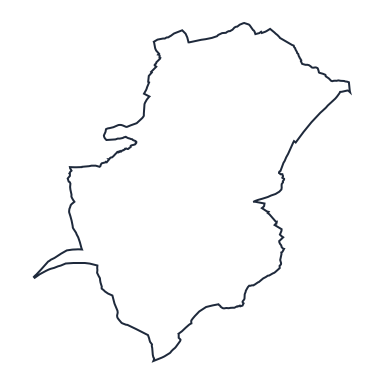 the district of Berghin, Alba, Romania
{"feature_id": "2599482B3025623586647", "entity_name": "Berghin", "entity_type": "district", "adm_level": 2, "iso_a3": "ROU", "parent_name": "Romania", "parent_adm1": "Alba", "projection": "robinson", "projection_center": [23.723, 46.065], "detail": "fine", "context": "isolated", "style": "outline", "palette": "slate", "viewbox_px": 384, "rotation_deg": 0, "n_neighbors": 0, "source": "geoboundaries", "source_scale": "gbopen_adm2", "svg_char_len": 5899}
<svg xmlns="http://www.w3.org/2000/svg" viewBox="0 0 384 384"><path d="M161.9,357.6L164.4,356.4L169.9,353.0L170.6,352.3L171.3,351.3L173.2,349.4L174.8,348.1L175.8,347.0L180.1,341.1L180.4,340.3L180.5,339.7L180.4,339.5L178.7,337.8L178.7,334.1L178.5,333.8L181.9,331.3L185.7,327.7L189.0,324.8L190.8,323.6L191.4,323.4L191.2,321.1L191.4,320.4L192.7,318.6L194.8,316.1L199.2,311.5L206.1,307.0L212.7,305.4L218.4,304.3L218.5,304.6L220.0,305.7L220.4,306.1L220.6,306.7L222.6,308.1L224.0,308.4L226.3,308.0L228.7,308.2L230.9,307.8L234.5,307.7L237.2,306.3L237.6,306.6L239.9,305.6L240.3,306.3L242.5,305.6L243.6,303.3L242.7,302.6L242.6,301.5L244.2,299.4L244.5,298.5L244.7,294.3L245.7,291.7L245.8,290.8L247.9,287.1L249.2,285.7L250.3,285.8L252.0,285.3L253.6,285.3L254.3,284.7L254.7,284.6L257.9,282.4L258.9,282.0L263.2,278.4L265.7,277.1L267.8,275.7L269.2,275.5L272.8,273.4L273.9,273.0L275.1,272.2L279.7,268.1L279.6,265.8L280.9,264.5L281.1,263.2L280.2,260.0L281.5,254.0L281.3,252.5L281.9,252.3L282.5,251.7L283.4,250.1L284.0,248.9L283.3,248.8L281.7,247.2L281.2,245.3L280.0,243.8L279.3,242.2L279.3,241.4L279.2,241.1L283.2,237.3L281.6,236.2L279.9,234.6L281.5,230.8L281.6,229.2L274.6,225.0L275.5,224.0L276.4,223.7L276.5,222.3L276.8,222.0L276.8,221.7L276.0,221.9L269.5,214.4L267.7,213.0L268.6,211.9L266.9,211.4L261.9,208.1L263.4,206.9L264.1,206.1L264.5,203.5L254.8,201.7L253.2,201.9L255.3,200.9L258.1,199.9L262.4,198.7L267.8,197.0L271.1,195.5L275.5,194.0L279.3,191.7L281.4,189.5L281.7,187.6L281.6,185.8L281.7,184.1L283.0,182.3L283.0,182.0L282.8,181.5L282.8,181.3L283.8,180.0L284.1,179.3L284.1,178.8L282.3,177.8L282.3,177.6L283.0,176.4L283.0,175.9L282.6,175.1L282.4,174.2L281.9,174.1L280.7,174.3L280.4,174.2L279.8,173.4L279.0,173.0L279.0,172.6L279.2,171.9L279.6,171.4L280.5,170.9L283.5,162.8L284.7,160.9L286.2,157.3L288.1,153.9L293.1,142.8L294.0,141.1L295.7,142.5L303.5,132.0L311.4,122.3L320.3,112.8L325.9,107.7L327.8,105.5L335.3,98.6L337.0,96.6L339.5,93.2L340.1,91.9L341.7,91.8L347.4,90.5L348.5,90.8L350.1,92.3L349.8,91.2L348.9,82.3L347.2,81.7L345.1,81.4L344.2,81.0L340.6,80.8L338.4,80.4L336.5,80.8L335.0,80.7L333.6,80.8L332.7,81.1L332.0,81.1L331.1,80.8L328.8,78.4L325.7,76.3L325.6,75.2L325.3,74.8L323.0,73.8L319.4,72.8L318.9,72.4L318.7,71.3L318.0,69.0L317.5,68.1L316.1,67.5L315.1,67.4L313.8,67.7L312.3,67.6L311.6,67.3L310.9,66.5L309.0,65.2L307.5,64.8L305.4,64.8L302.2,63.9L300.9,61.3L301.3,60.7L301.2,60.1L300.6,59.6L300.4,58.7L299.5,57.6L299.4,57.0L298.7,55.9L298.2,53.9L297.2,53.1L296.9,51.9L295.5,49.5L295.1,48.1L294.6,47.7L294.2,47.2L293.7,45.6L292.1,45.0L279.9,37.9L279.5,37.2L277.5,35.1L275.6,33.6L274.6,32.6L270.1,28.9L266.7,31.0L265.4,31.7L261.8,33.0L261.1,31.8L259.3,33.1L255.4,34.1L254.5,31.5L253.8,30.5L253.1,30.1L249.8,25.4L248.8,24.5L244.2,23.0L243.1,23.3L239.7,24.7L237.3,26.6L236.1,26.7L234.5,27.5L232.5,29.7L230.7,30.7L230.5,30.9L229.8,31.2L229.0,31.1L227.4,31.7L225.9,32.8L222.1,33.1L218.3,34.9L217.0,36.2L211.9,37.9L205.5,39.2L201.2,39.8L189.5,42.3L188.5,42.3L187.3,37.5L185.6,33.7L182.2,30.3L174.0,33.5L170.3,36.2L169.7,36.3L168.5,37.3L166.5,37.5L164.9,38.5L163.2,38.5L157.5,39.6L153.8,41.8L154.1,42.5L155.1,47.9L155.4,48.9L156.2,50.6L159.0,53.7L158.2,54.6L159.0,54.8L159.6,55.4L159.7,56.2L159.4,57.1L159.7,57.4L159.8,57.8L160.3,58.0L159.9,58.9L159.3,59.2L159.2,59.5L156.3,62.4L156.1,63.5L155.0,64.4L154.7,64.8L154.6,65.1L154.7,65.4L156.3,66.7L151.1,71.9L151.8,72.5L148.8,75.9L148.2,81.6L148.2,81.9L149.1,82.4L146.9,87.7L146.8,88.3L146.1,90.0L144.0,93.7L149.4,96.5L149.0,96.9L146.8,99.6L145.1,102.6L144.5,104.1L143.8,114.2L143.9,115.1L143.6,116.3L142.3,118.0L136.8,123.1L136.4,123.3L130.8,125.3L127.4,126.7L126.8,126.9L125.9,126.8L122.9,125.5L121.3,125.0L120.0,124.9L118.7,125.0L117.8,125.3L113.4,127.2L109.2,128.2L108.2,128.3L107.0,128.7L106.0,129.2L105.5,131.9L103.9,135.4L104.1,136.7L104.8,138.2L106.4,140.0L115.5,139.4L117.7,138.6L119.8,138.6L122.7,138.0L124.4,137.1L125.2,137.1L125.8,136.8L126.7,137.4L128.3,138.2L129.3,138.4L131.2,139.1L132.3,139.3L133.0,140.1L135.4,141.0L136.2,141.7L135.7,142.7L135.6,143.1L136.0,143.2L135.2,144.3L134.5,144.6L131.3,145.4L130.7,145.9L130.7,147.0L129.5,147.8L128.3,148.9L127.5,149.0L126.2,148.5L125.3,148.7L125.4,149.0L124.2,149.8L123.5,149.9L123.2,150.1L123.2,150.3L122.0,150.7L121.0,151.6L120.7,151.4L120.0,151.7L120.3,151.1L120.2,151.0L119.5,151.4L119.1,151.5L119.5,151.8L119.3,152.0L118.6,152.1L118.4,151.8L117.0,152.3L117.0,152.6L116.0,153.4L113.2,156.4L111.9,157.4L110.9,157.5L110.2,157.9L109.2,159.2L108.7,159.2L109.0,159.5L106.7,162.3L105.8,161.9L105.6,162.3L104.9,162.5L101.8,163.3L101.4,163.7L100.8,164.7L100.4,166.1L99.6,166.8L95.8,165.7L91.4,165.7L89.0,166.2L82.1,166.8L81.9,167.1L75.3,167.3L69.9,167.1L70.1,168.2L71.5,170.7L70.3,171.8L69.5,173.3L69.9,173.4L69.9,175.9L67.7,178.5L68.7,181.6L69.8,182.2L70.4,183.6L70.1,187.0L70.4,189.6L71.5,194.6L71.4,196.5L71.8,197.6L72.9,199.6L74.4,201.8L71.6,204.1L70.7,205.2L70.1,207.2L69.4,208.9L69.1,211.3L69.2,212.5L70.3,215.9L71.6,220.6L72.7,226.1L72.8,227.5L73.2,228.4L76.0,232.7L76.7,234.5L78.2,237.3L79.9,242.3L81.5,248.3L82.0,249.5L78.5,249.3L72.3,249.6L66.8,250.4L61.0,253.7L54.4,258.0L50.7,259.8L49.5,260.8L48.2,261.5L40.9,269.7L36.3,274.6L34.8,275.9L33.9,276.9L34.7,277.8L39.8,274.2L46.1,270.8L48.6,269.6L50.7,268.8L54.1,267.9L58.1,266.3L60.7,265.6L65.7,263.5L73.4,263.0L84.9,263.0L89.8,263.6L97.4,265.5L97.2,268.1L97.4,269.9L97.1,272.8L99.0,276.7L99.6,277.5L100.0,278.8L100.1,280.3L100.5,282.5L101.8,286.7L101.6,287.8L101.7,288.6L103.6,290.1L105.0,291.5L108.1,293.6L112.4,295.5L114.5,303.6L117.5,310.8L117.7,312.8L117.1,315.4L117.2,316.7L117.4,317.5L117.9,318.4L119.7,320.7L120.1,321.1L121.3,322.6L122.1,323.2L125.9,324.7L127.5,324.9L128.5,325.4L136.2,329.1L148.0,335.1L149.2,338.6L149.5,340.0L150.1,341.9L152.0,344.4L151.8,345.4L151.9,346.7L152.2,347.8L152.8,354.9L153.2,356.6L153.5,357.6L154.1,358.3L154.1,358.9L153.8,360.0L153.4,361.0L161.9,357.6Z" fill="none" stroke="#1e293b" stroke-width="2"/></svg>